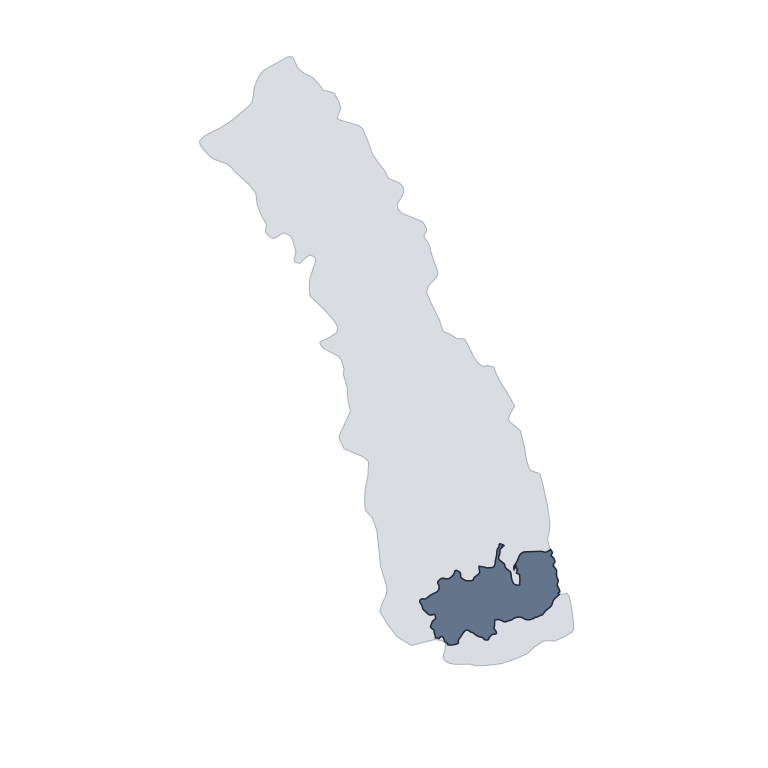 location of Seti within Nepal, rotated 226°
{"feature_id": "NPL-1129", "entity_name": "Seti", "entity_type": "District", "adm_level": 1, "iso_a3": "NPL", "parent_name": "Nepal", "parent_adm1": "", "projection": "albers", "projection_center": [81.176, 29.231], "detail": "fine", "context": "in_parent", "style": "filled", "palette": "slate", "viewbox_px": 768, "rotation_deg": 226, "n_neighbors": 0, "source": "natural_earth", "source_scale": "10m", "svg_char_len": 6365}
<svg xmlns="http://www.w3.org/2000/svg" viewBox="0 0 768 768"><g transform="rotate(226 384 384)"><path d="M683.5,417.8L686.7,419.9L687.2,423.7L686.9,428.0L684.3,437.3L681.9,443.8L679.3,457.6L677.7,481.2L678.6,485.3L688.4,498.2L692.5,508.4L693.2,515.4L690.1,527.4L686.6,541.0L684.6,544.1L682.2,545.4L670.8,541.3L663.1,542.4L654.4,545.5L645.2,545.5L637.5,544.4L628.1,550.2L618.7,547.8L612.6,544.8L608.2,535.7L606.5,534.6L587.5,545.3L582.8,546.1L570.5,541.4L560.4,536.7L556.6,535.3L547.0,533.7L538.4,532.9L528.9,530.1L517.4,534.8L512.7,534.6L508.3,531.8L505.7,525.6L504.9,519.8L500.8,515.9L494.7,515.2L486.3,519.1L473.9,524.4L469.9,523.7L466.1,522.5L464.7,521.2L462.8,515.7L460.8,514.6L457.9,514.5L452.7,513.3L446.2,509.4L426.7,500.2L424.2,496.0L424.0,486.4L422.8,482.5L420.3,478.4L410.4,474.4L391.1,468.1L380.4,463.0L375.5,465.6L365.8,468.1L360.7,473.1L354.5,471.7L339.5,466.9L331.6,466.3L326.8,468.1L325.8,471.1L319.8,474.6L314.0,472.0L302.5,468.6L292.5,466.7L277.3,462.6L275.5,455.9L272.9,449.4L269.3,448.3L255.7,449.7L243.3,442.6L229.9,433.5L224.2,430.5L220.4,429.4L217.2,430.6L213.6,432.8L210.2,433.4L203.0,429.5L193.8,423.8L182.5,416.8L169.2,407.1L163.8,401.6L161.3,397.4L158.5,393.5L147.0,387.1L138.0,382.1L127.1,375.9L125.2,374.7L121.1,371.1L114.8,366.5L109.6,365.1L107.9,367.6L106.7,370.3L102.1,369.6L95.1,364.9L87.8,360.0L82.0,355.4L76.2,350.7L74.8,347.3L77.3,336.7L80.8,327.7L83.8,325.6L88.6,319.7L90.4,309.1L90.4,300.1L95.1,287.4L101.5,273.9L112.5,259.5L117.3,254.7L122.6,251.4L132.7,240.7L134.8,239.0L139.2,236.3L143.5,235.6L146.8,236.9L150.1,242.5L154.2,247.8L159.1,247.6L164.9,243.0L176.9,222.1L193.4,217.8L209.2,219.8L223.1,222.8L227.3,229.8L230.0,237.1L231.8,240.8L236.4,245.2L256.2,255.5L267.8,264.8L283.8,277.2L295.8,282.6L306.3,282.9L312.3,287.8L321.5,297.5L329.2,308.7L338.9,319.0L345.5,318.6L354.3,315.0L365.1,310.3L371.5,312.3L377.5,315.0L379.6,320.4L383.5,330.6L387.7,341.2L394.1,344.7L401.6,350.0L405.8,354.3L420.0,361.9L422.0,365.1L424.9,367.2L428.3,368.5L431.2,370.0L435.6,370.5L451.5,365.2L455.8,365.6L458.3,366.4L458.5,368.2L455.8,375.8L453.7,385.4L456.4,390.1L463.2,391.9L478.2,392.8L498.4,391.9L504.7,396.6L511.0,403.6L517.7,415.8L520.4,421.0L523.5,422.4L528.6,420.1L529.3,414.9L529.2,407.3L533.5,404.5L536.4,406.3L539.9,412.1L548.5,417.1L554.7,419.5L560.4,418.3L562.7,416.1L565.1,405.6L569.6,403.9L575.3,404.3L577.6,406.3L580.1,410.3L587.2,411.9L594.2,414.2L600.9,417.3L610.5,424.5L621.8,425.4L634.9,424.5L641.8,424.3L646.9,424.6L651.5,423.8L664.6,417.5L670.1,416.8L676.9,417.1L683.5,417.8Z" fill="#d9dde1" stroke="#a8b0b8" stroke-width="1"/><path d="M152.3,248.6L152.3,248.8L153.2,249.6L155.2,249.1L157.0,249.0L160.4,250.6L162.1,250.3L162.8,249.1L162.7,246.7L163.7,246.0L165.0,245.6L165.8,245.0L165.8,244.8L166.5,245.3L168.1,246.4L169.7,247.1L170.4,247.5L171.3,248.3L171.9,248.7L172.6,248.9L175.0,248.5L176.6,248.5L177.1,248.7L177.3,248.9L177.8,250.2L178.6,251.8L178.9,252.3L179.2,252.9L179.5,253.7L179.7,254.5L179.6,255.4L179.4,257.0L179.5,257.8L179.8,258.5L181.3,259.6L182.0,260.0L182.6,260.2L183.0,260.2L183.5,259.9L185.3,257.0L186.9,256.1L187.7,255.9L188.5,255.8L194.1,255.6L195.4,255.8L196.3,256.2L197.3,257.0L198.5,257.4L201.4,258.0L202.4,258.3L203.1,259.0L203.5,259.8L203.5,260.7L203.4,261.4L203.1,262.1L202.6,262.6L202.1,263.2L201.1,263.9L200.7,264.4L200.4,265.1L200.3,266.1L200.1,268.9L199.8,271.0L197.7,277.7L197.7,278.4L197.8,279.4L198.3,280.9L199.0,281.9L199.8,282.7L200.8,283.4L202.0,283.9L202.4,284.0L203.8,284.5L204.2,285.0L204.5,285.8L204.6,287.6L204.6,288.9L204.1,290.7L202.9,291.9L200.0,293.9L199.2,295.0L198.7,296.4L198.5,298.1L198.5,300.1L198.8,302.1L199.5,303.7L200.3,305.1L199.9,306.6L197.3,307.5L196.0,307.7L195.1,307.6L194.3,307.3L192.4,305.5L191.9,305.3L191.3,305.1L189.9,305.2L188.8,305.3L185.7,306.3L184.6,307.2L182.3,309.6L181.6,310.5L181.3,311.3L181.3,312.2L181.6,313.0L182.2,314.4L181.6,319.6L181.8,321.0L182.1,322.1L182.7,322.6L184.9,324.0L185.9,324.8L186.9,325.8L182.0,329.4L180.9,329.8L180.1,330.5L176.6,334.5L176.4,336.3L176.9,338.2L177.9,339.7L178.9,340.4L182.8,346.3L185.4,349.2L186.5,350.9L186.9,353.0L187.5,354.3L188.5,355.3L188.7,356.3L186.9,357.4L185.7,357.9L185.1,358.0L184.3,358.0L184.3,357.4L185.3,356.6L185.2,356.2L184.3,355.7L184.6,353.0L181.3,349.2L180.2,346.8L179.0,345.3L177.7,344.8L171.2,345.6L170.4,345.4L168.7,344.2L167.9,343.9L166.2,343.8L161.4,344.5L159.9,344.0L156.0,341.0L153.0,339.4L151.4,338.8L149.9,338.6L148.5,339.0L146.9,340.0L145.6,341.1L145.3,342.1L149.0,346.0L151.7,348.3L153.0,349.1L154.0,348.8L155.0,348.2L156.0,348.0L156.9,348.9L157.9,351.2L158.6,351.0L161.6,352.7L161.4,351.6L160.4,349.7L160.1,348.6L161.2,349.2L162.2,350.2L162.9,351.5L163.4,354.3L164.2,357.0L166.6,362.5L166.9,364.1L166.7,365.8L166.2,367.7L165.5,368.5L165.0,369.2L154.5,380.8L153.6,381.5L151.1,383.0L150.3,384.1L149.4,387.5L149.3,388.9L145.8,388.2L145.3,387.3L145.1,386.2L144.9,385.3L144.0,384.8L142.8,385.2L141.4,385.1L139.9,384.8L138.7,384.4L137.3,383.4L136.9,382.2L136.8,380.9L136.2,379.6L135.1,379.2L132.0,379.1L130.6,378.9L129.4,378.1L126.5,375.1L125.3,374.2L122.9,373.5L121.6,372.9L120.9,371.9L119.4,369.1L118.4,368.4L115.7,367.8L114.4,367.4L113.0,366.7L112.5,366.0L112.6,365.2L112.7,364.5L112.5,364.0L110.9,363.9L110.9,363.7L111.0,357.5L110.9,356.4L110.4,354.7L109.9,353.8L108.9,352.0L108.5,351.3L108.3,350.7L108.2,349.8L108.1,348.7L108.6,342.4L107.9,337.6L109.1,335.2L109.6,333.4L110.0,332.2L111.1,331.0L111.4,328.7L111.7,328.2L112.2,327.5L112.3,326.9L112.7,325.8L113.5,324.7L115.5,322.7L116.9,322.0L120.5,320.9L121.5,320.2L122.5,319.3L123.9,317.4L124.8,316.0L125.3,314.3L125.4,313.2L125.7,312.0L126.2,310.7L127.3,309.0L128.3,306.3L129.4,305.2L132.6,304.1L135.0,302.8L137.4,299.7L133.7,296.0L132.1,293.8L132.0,293.6L131.7,293.4L131.2,293.2L129.6,293.0L127.5,292.5L126.7,291.9L126.5,291.1L127.1,289.8L127.9,289.0L128.4,288.2L128.7,287.2L128.7,285.2L128.5,283.9L128.2,282.9L127.8,282.1L127.6,281.6L127.9,280.8L128.1,280.3L130.0,278.8L131.0,278.6L132.2,278.8L133.1,278.7L134.2,278.2L135.6,277.1L137.8,276.1L140.6,275.5L141.4,275.4L142.1,275.5L142.6,275.4L143.4,275.2L145.7,273.9L146.2,273.8L147.8,273.6L148.8,273.3L149.6,272.4L150.1,271.0L150.0,268.1L148.8,263.3L148.5,261.2L148.3,260.4L148.0,259.6L147.5,258.9L146.9,258.3L146.4,258.0L146.0,257.6L146.0,257.1L146.3,256.0L147.3,254.1L149.5,250.9L150.7,249.8L152.2,248.6L152.3,248.6Z" fill="#64748b" stroke="#1e293b" stroke-width="1.5"/></g></svg>